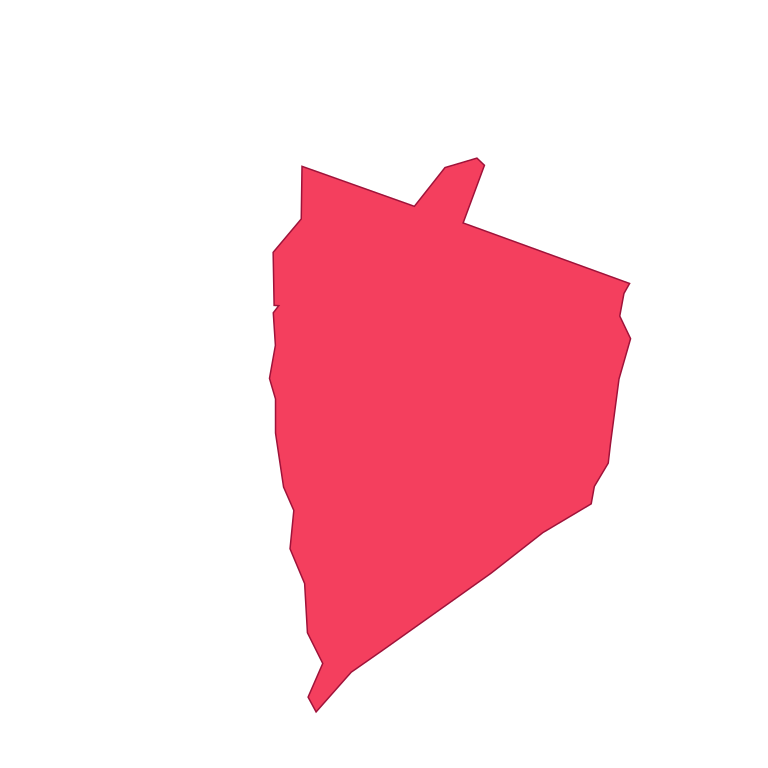 outline of Bamberg, South Carolina, United States of America, rotated 232°
{"feature_id": "52423323B84288855823535", "entity_name": "Bamberg", "entity_type": "district", "adm_level": 2, "iso_a3": "USA", "parent_name": "United States of America", "parent_adm1": "South Carolina", "projection": "albers", "projection_center": [-81.054, 33.233], "detail": "fine", "context": "isolated", "style": "filled", "palette": "rose", "viewbox_px": 768, "rotation_deg": 232, "n_neighbors": 0, "source": "geoboundaries", "source_scale": "gbopen_adm2", "svg_char_len": 615}
<svg xmlns="http://www.w3.org/2000/svg" viewBox="0 0 768 768"><g transform="rotate(232 384 384)"><path d="M167.4,128.6L177.1,180.7L175.0,219.7L169.0,352.0L169.1,417.7L162.0,473.5L173.8,486.7L183.6,512.0L197.4,525.6L243.3,572.3L267.9,606.2L292.4,611.6L307.6,628.8L312.0,639.4L462.2,545.5L494.5,597.8L504.8,596.3L517.0,565.3L505.3,517.3L606.0,453.4L565.0,420.4L556.0,377.7L513.6,345.8L510.5,349.3L508.3,340.6L481.3,322.2L458.9,297.2L439.0,289.3L412.1,268.3L364.6,241.4L339.9,235.1L312.0,208.5L275.6,198.6L235.1,170.5L201.5,163.7L184.0,131.4L167.4,128.6Z" fill="#f43f5e" stroke="#9f1239" stroke-width="1.5"/></g></svg>